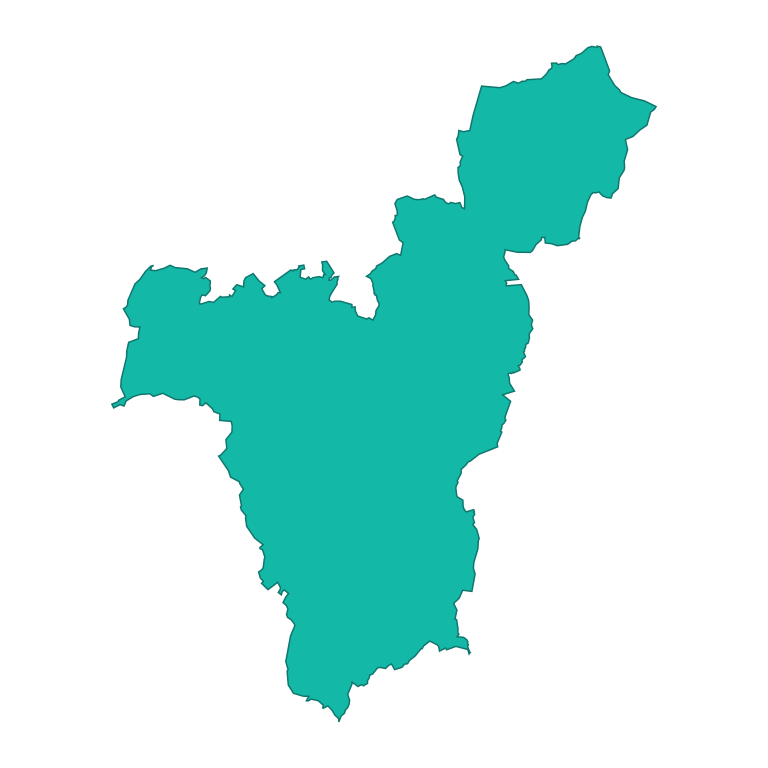 Lupeni, Harghita, Romania
{"feature_id": "2599482B15236521048096", "entity_name": "Lupeni", "entity_type": "district", "adm_level": 2, "iso_a3": "ROU", "parent_name": "Romania", "parent_adm1": "Harghita", "projection": "albers", "projection_center": [25.242, 46.419], "detail": "fine", "context": "isolated", "style": "filled", "palette": "teal", "viewbox_px": 768, "rotation_deg": 0, "n_neighbors": 0, "source": "geoboundaries", "source_scale": "gbopen_adm2", "svg_char_len": 6100}
<svg xmlns="http://www.w3.org/2000/svg" viewBox="0 0 768 768"><path d="M469.1,654.0L470.0,652.8L469.3,652.8L469.7,651.7L467.6,646.9L468.3,644.6L467.6,644.0L467.8,641.8L466.8,639.8L463.7,637.4L457.0,636.7L458.9,634.2L457.8,632.7L458.0,629.2L456.6,619.6L455.0,619.1L456.9,610.0L453.6,603.4L459.2,598.2L462.7,590.2L471.9,591.4L475.1,573.9L473.4,568.2L473.8,562.5L477.9,548.8L478.3,540.8L479.2,538.6L476.7,529.5L472.7,524.4L474.5,522.7L472.8,517.1L474.7,514.4L473.7,512.3L474.4,512.0L473.7,509.7L466.1,511.9L464.0,509.0L463.1,506.4L462.9,500.2L456.9,496.6L455.8,488.1L456.2,486.0L458.0,482.4L457.2,480.9L461.1,473.4L461.2,469.3L465.9,465.0L468.2,461.8L470.0,461.3L479.1,454.2L497.7,446.8L497.0,443.7L501.8,432.1L500.5,431.2L501.9,427.4L501.9,425.0L503.8,423.5L505.9,420.1L504.9,418.6L505.2,416.3L510.6,401.3L502.6,394.8L514.5,391.1L509.6,383.3L509.2,377.7L508.0,374.2L509.4,373.0L511.3,373.5L512.8,372.3L513.3,373.0L520.0,370.1L519.8,368.3L518.2,365.9L520.0,365.2L522.2,362.2L522.0,359.7L525.5,356.7L523.5,352.0L524.6,350.9L524.3,349.4L525.4,348.1L525.9,344.4L528.2,343.0L529.5,337.8L529.1,335.7L529.7,332.9L532.8,328.8L531.3,324.8L532.6,320.1L528.8,314.7L529.1,307.3L528.6,300.4L527.0,295.8L521.3,284.7L506.6,285.8L506.0,285.1L506.7,283.3L505.3,280.7L518.6,279.3L516.0,275.0L515.0,275.1L513.1,271.3L508.5,268.4L508.8,266.0L504.7,259.8L503.6,256.7L505.1,252.0L505.0,249.7L517.0,252.2L530.3,252.4L532.5,250.6L536.1,244.4L541.3,239.9L541.6,237.5L544.8,237.5L545.3,243.0L551.7,243.7L557.3,245.7L567.7,244.3L571.9,241.2L575.5,240.8L577.8,238.7L579.4,238.6L579.6,238.0L578.6,237.3L579.9,226.4L582.3,217.5L585.3,211.4L587.4,202.4L590.7,195.1L593.0,192.6L595.9,192.9L598.9,191.9L602.5,195.8L607.0,197.6L611.1,198.0L612.5,193.7L618.1,188.6L619.3,177.8L624.0,170.4L624.6,167.7L624.2,161.1L627.6,149.7L625.4,139.5L633.0,136.4L640.1,129.8L646.9,125.2L650.7,112.1L654.4,109.3L656.1,106.6L644.7,101.0L631.5,97.6L620.9,92.5L619.4,89.8L614.7,85.5L608.2,74.8L609.6,70.9L600.7,47.0L597.1,46.1L597.0,47.5L591.8,46.4L587.9,47.7L581.3,53.5L576.2,55.6L573.9,58.9L565.6,63.9L561.9,63.6L557.9,64.6L556.6,63.1L551.5,63.2L552.1,66.6L551.5,68.4L549.0,69.9L546.3,74.2L541.3,78.9L527.0,79.7L525.4,81.3L522.2,81.2L518.6,83.2L513.4,81.5L505.8,85.9L499.8,87.7L481.6,86.1L473.2,115.0L469.8,130.5L463.5,131.7L458.9,130.5L458.1,136.4L456.6,139.3L460.0,154.6L462.7,156.2L460.1,162.0L460.4,165.7L458.0,167.5L458.2,173.2L459.3,180.3L462.3,186.9L464.8,197.0L464.5,208.7L461.9,207.6L459.9,202.6L455.3,203.6L450.9,202.4L448.3,203.9L445.2,202.1L443.5,199.4L436.5,197.3L434.7,194.9L424.2,199.5L423.1,198.8L419.3,199.7L414.5,199.4L407.2,196.0L397.2,199.5L394.9,203.5L397.2,211.0L397.3,214.2L396.8,215.4L395.1,215.6L395.3,217.8L394.2,221.2L392.6,222.2L399.4,240.0L403.1,242.7L400.6,255.4L396.6,253.6L389.5,256.4L382.4,262.8L376.5,266.1L376.1,268.2L371.7,271.5L370.5,273.7L366.5,276.3L370.9,278.6L373.2,283.9L372.8,285.2L374.4,292.6L373.9,293.0L375.3,295.2L376.3,295.2L377.5,300.6L379.2,303.8L378.7,306.2L376.0,310.6L375.7,314.7L372.8,320.1L369.0,317.8L366.7,319.0L357.7,316.0L355.3,310.7L355.0,306.8L351.9,307.5L351.9,304.5L340.2,301.2L334.7,301.2L332.1,302.2L329.2,300.1L329.5,297.1L331.5,293.1L337.2,284.1L336.8,282.9L338.0,279.2L337.5,278.1L338.6,276.5L334.3,277.0L331.0,280.1L328.9,280.1L329.3,278.1L331.0,277.5L331.8,275.2L334.0,272.9L326.7,261.3L321.8,262.0L322.6,264.8L322.5,270.6L325.3,274.6L323.7,274.6L323.0,277.7L319.1,276.6L313.1,277.7L310.3,279.2L308.6,276.9L305.7,279.2L300.1,277.2L300.9,269.5L304.6,268.8L303.8,265.1L298.8,266.0L299.2,266.6L297.4,269.6L293.5,270.0L293.1,270.9L290.8,270.0L274.4,281.7L276.8,284.8L280.4,292.7L278.1,292.6L276.7,294.7L271.9,297.6L271.8,296.6L266.7,295.8L265.0,294.5L261.8,288.7L264.9,285.7L259.0,280.9L253.2,273.6L245.6,277.6L244.0,280.7L243.5,286.9L236.8,284.7L232.9,289.0L235.6,290.6L231.9,296.5L229.6,295.0L229.1,296.8L221.7,297.2L220.4,296.4L213.6,302.4L209.1,301.5L201.5,303.9L199.8,303.9L199.4,303.0L200.6,297.1L202.1,294.9L205.5,295.7L209.8,291.0L210.5,288.4L209.9,286.2L210.4,281.0L205.7,277.5L203.8,278.7L201.5,277.7L204.2,276.0L206.3,273.0L207.2,268.1L201.1,268.8L195.1,272.3L187.3,268.8L175.2,267.6L170.1,265.3L164.2,268.2L155.6,270.7L150.4,270.2L151.7,266.5L153.7,265.4L150.8,266.2L145.6,271.3L139.8,279.5L135.0,283.9L127.9,300.4L127.6,304.9L126.3,306.9L123.4,308.8L129.4,319.3L130.0,325.4L134.5,326.8L139.9,327.0L138.6,333.0L138.4,338.7L128.7,342.3L126.8,350.7L126.5,357.6L121.2,379.5L120.8,387.0L125.2,396.9L118.8,400.2L117.7,401.9L111.9,404.2L113.7,407.9L120.0,404.6L124.0,406.0L126.2,400.9L133.3,396.6L139.8,394.5L149.9,393.8L153.4,396.4L162.8,393.3L174.8,399.2L178.9,399.7L184.2,399.8L194.1,396.0L197.8,397.2L200.0,399.1L199.8,405.1L202.5,405.7L205.9,402.8L212.7,409.0L213.9,411.7L219.9,414.0L219.7,420.4L231.2,421.4L232.2,425.9L231.9,432.1L225.9,439.6L226.8,448.5L220.6,455.2L218.6,456.1L228.4,470.6L230.6,477.2L239.2,481.6L239.9,483.8L243.4,489.2L239.5,495.0L241.5,506.0L240.5,506.8L241.3,510.0L246.1,515.9L245.5,517.9L246.7,526.4L254.7,538.1L263.1,544.7L259.9,547.6L260.0,548.7L262.5,549.7L265.0,557.5L264.4,558.4L263.2,567.6L261.7,569.9L258.6,572.0L260.4,578.1L263.5,581.4L261.5,583.3L268.0,589.6L277.7,582.3L280.4,587.4L280.3,589.2L278.3,592.5L281.4,594.8L281.9,592.1L284.2,589.8L288.5,593.5L285.7,597.2L283.0,602.6L286.5,605.6L287.9,609.2L286.5,614.6L287.6,617.4L291.2,619.8L294.3,623.9L294.8,625.8L290.6,635.7L285.8,661.5L288.1,669.7L287.1,671.0L288.3,685.1L293.5,693.3L303.3,696.2L308.8,696.3L306.4,700.7L308.6,700.8L311.0,699.1L318.3,700.7L323.5,705.4L322.7,707.6L323.2,708.3L327.9,705.9L332.0,710.2L335.0,715.2L338.7,718.6L338.8,721.9L341.1,716.1L344.5,713.2L345.4,710.0L347.7,707.6L349.0,704.5L349.6,700.2L347.7,694.4L351.9,684.3L352.0,682.1L358.0,686.5L361.5,684.6L363.5,685.8L367.5,683.4L367.5,680.7L369.1,678.1L369.8,675.1L372.7,674.0L377.5,668.0L380.1,667.4L385.6,668.5L388.6,665.4L391.5,664.0L394.7,669.6L402.0,667.3L404.5,664.2L407.6,663.7L409.5,660.4L415.0,656.1L421.0,648.8L422.2,648.7L423.5,646.0L429.8,641.1L437.6,645.0L438.8,647.1L439.5,651.1L445.6,648.0L446.6,649.8L455.9,646.4L467.8,649.5L469.1,654.0Z" fill="#14b8a6" stroke="#0f766e" stroke-width="1.5"/></svg>